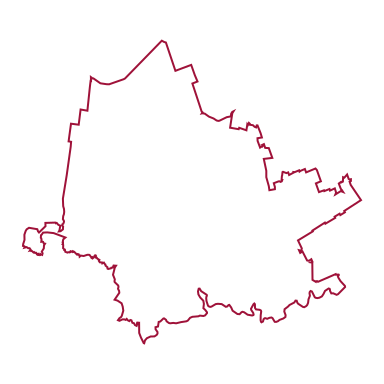 the district of Santiago Sochiapan, Veracruz, Mexico
{"feature_id": "50627088B82277071409559", "entity_name": "Santiago Sochiapan", "entity_type": "district", "adm_level": 2, "iso_a3": "MEX", "parent_name": "Mexico", "parent_adm1": "Veracruz", "projection": "robinson", "projection_center": [-95.662, 17.635], "detail": "fine", "context": "isolated", "style": "outline", "palette": "rose", "viewbox_px": 384, "rotation_deg": 0, "n_neighbors": 0, "source": "geoboundaries", "source_scale": "gbopen_adm2", "svg_char_len": 5946}
<svg xmlns="http://www.w3.org/2000/svg" viewBox="0 0 384 384"><path d="M339.5,274.9L338.7,274.7L337.9,275.2L337.9,274.6L335.9,274.7L335.7,274.1L318.0,281.8L317.4,281.2L316.2,281.2L315.9,281.9L312.5,279.9L312.3,262.6L311.0,262.4L312.4,261.7L311.3,259.2L309.0,260.8L307.1,260.5L302.5,251.5L300.2,252.9L299.0,250.2L301.3,250.8L301.8,248.4L298.0,240.4L312.8,231.4L312.4,230.6L324.9,222.6L325.4,223.7L335.2,217.9L334.6,216.7L339.6,213.7L340.3,215.1L344.9,212.3L344.2,211.0L361.0,200.1L350.7,184.9L349.6,181.6L350.9,181.0L350.9,179.2L349.6,179.4L348.7,179.0L347.1,174.5L344.3,177.7L343.1,177.2L342.9,181.6L341.1,182.5L340.9,182.0L338.8,183.5L340.5,188.1L341.7,190.5L342.0,190.3L343.1,192.0L340.8,191.1L335.4,194.4L336.1,192.6L334.8,188.4L330.0,190.6L329.5,189.0L324.3,191.1L324.0,190.3L319.0,192.1L315.9,183.4L320.9,181.3L316.9,170.1L315.5,168.5L306.1,172.4L304.9,169.0L300.6,170.8L299.5,171.6L299.1,170.3L294.8,172.1L293.6,172.0L293.8,172.5L289.1,175.0L288.2,172.4L286.4,173.1L283.0,171.8L282.5,172.1L282.2,175.2L281.9,176.1L281.6,179.8L282.3,179.9L281.8,181.3L280.6,181.9L279.4,181.3L278.5,181.4L273.8,183.2L274.9,187.0L274.9,189.2L269.4,190.2L268.8,186.1L266.3,177.2L266.3,170.8L263.8,158.9L272.3,157.9L268.8,148.1L265.2,147.9L263.9,144.1L262.7,144.7L263.5,144.9L262.2,146.7L261.5,146.6L260.1,147.6L257.6,140.9L257.5,138.2L261.9,137.5L260.6,133.2L257.5,125.4L256.7,125.4L256.1,127.4L254.6,126.8L252.9,125.2L249.5,124.7L249.8,123.8L248.9,122.9L247.8,125.2L247.3,124.4L246.4,130.3L239.2,127.8L238.7,129.2L230.1,127.7L232.3,113.2L233.5,111.3L232.3,111.9L231.2,113.6L230.8,116.4L226.7,117.2L219.5,120.7L218.3,120.9L216.6,120.5L213.6,118.5L208.9,116.6L204.7,113.6L203.0,113.4L202.9,113.0L201.9,113.3L202.5,112.3L201.6,111.4L192.4,83.5L197.5,81.5L194.8,75.1L191.2,64.9L175.4,70.8L165.9,42.5L164.2,42.0L161.8,40.7L125.0,78.5L123.7,79.2L109.1,84.3L106.5,84.2L100.4,83.3L93.4,78.4L92.7,78.5L90.9,77.1L91.0,81.0L90.6,80.9L89.9,86.7L87.4,110.7L80.6,109.5L78.7,124.7L71.0,123.7L68.6,141.4L71.1,141.8L70.7,146.7L66.7,175.3L62.9,198.7L63.2,206.2L64.0,209.0L64.2,211.9L63.9,214.2L63.2,216.1L62.9,219.2L63.8,220.6L64.0,221.8L63.3,223.7L62.3,224.4L62.4,225.8L63.1,226.5L62.9,229.4L60.6,231.2L58.9,231.4L59.4,230.5L60.3,225.7L58.3,224.8L56.7,222.9L55.8,223.3L55.3,222.6L45.4,222.9L45.5,226.2L39.0,232.5L38.0,231.3L37.3,229.2L29.0,227.8L26.7,229.3L25.7,230.9L24.4,234.7L24.5,239.9L23.2,244.0L23.0,245.9L24.0,246.1L24.9,246.7L24.4,247.7L26.6,247.1L28.2,248.2L29.6,248.2L30.6,249.6L30.0,250.5L30.7,250.3L31.1,251.0L31.8,250.9L33.6,252.6L34.0,252.7L34.3,252.2L35.3,252.9L36.1,252.8L36.7,253.9L37.8,253.8L37.3,254.6L38.0,255.0L39.0,254.9L40.1,254.2L40.3,255.0L41.7,254.5L42.2,254.8L42.6,253.3L41.8,251.6L43.8,248.4L44.0,245.4L45.0,243.7L43.8,243.5L43.1,241.9L42.4,241.6L41.3,241.8L41.5,239.6L41.3,238.4L40.8,237.8L41.0,235.2L41.5,234.9L43.1,232.6L47.3,232.4L53.7,233.1L65.4,237.5L63.5,239.1L63.1,239.9L62.7,242.2L63.0,242.3L63.0,243.8L62.6,244.2L63.1,244.5L63.2,245.4L63.1,248.2L64.3,249.4L64.3,249.9L64.9,249.8L65.3,251.8L67.4,252.6L68.1,252.2L69.5,252.4L70.0,251.8L70.2,252.2L70.6,252.1L71.0,251.3L72.1,251.7L72.8,251.1L73.2,251.4L73.2,252.0L74.2,251.8L77.1,254.7L77.8,254.6L77.9,254.1L78.7,254.3L79.1,255.3L79.6,255.4L79.7,256.6L80.9,255.6L83.7,256.0L87.3,254.8L89.0,254.8L89.6,255.0L91.1,257.1L92.0,257.0L92.1,257.7L91.5,257.7L91.5,257.9L92.5,258.5L93.7,257.4L94.4,256.1L94.8,256.1L95.1,255.3L95.6,255.3L96.0,256.0L95.4,256.7L95.8,256.8L95.8,257.6L96.8,257.8L97.3,258.6L99.4,259.9L99.2,260.3L98.8,260.2L98.8,260.8L99.8,262.3L102.1,262.5L102.3,263.4L103.9,262.6L104.9,264.2L105.4,264.5L105.5,265.6L107.4,267.2L107.5,268.6L108.2,269.0L111.0,268.3L111.3,267.7L112.7,267.6L113.5,265.7L114.0,266.0L114.4,265.6L116.0,265.7L114.8,267.6L113.0,274.8L114.8,279.3L114.5,281.2L114.7,282.1L118.2,285.5L118.5,286.9L118.0,288.8L119.1,290.9L119.3,292.8L114.6,299.7L117.5,300.6L121.6,303.3L122.7,306.6L123.3,310.7L121.8,315.8L121.1,317.0L119.4,318.2L118.0,320.2L119.5,320.8L122.4,319.4L124.4,319.4L125.7,319.9L126.7,318.9L127.8,320.3L129.3,321.1L130.3,320.0L131.4,320.3L132.4,322.8L133.9,323.2L135.0,325.1L136.6,325.9L136.9,324.8L137.3,324.6L136.9,323.4L137.2,322.6L138.0,322.6L138.3,323.5L139.1,323.1L139.2,333.0L140.9,337.4L143.7,343.1L144.2,343.3L145.0,340.4L146.9,338.2L150.6,336.5L154.5,336.4L156.7,334.9L157.5,333.6L157.5,332.0L155.6,329.3L155.5,327.2L158.0,326.5L158.7,321.9L160.3,321.5L163.4,318.5L164.1,318.4L166.0,319.8L166.6,321.3L168.9,323.0L170.2,323.3L173.3,322.9L176.1,323.3L181.1,322.1L186.4,321.3L187.8,320.6L190.1,317.8L192.4,316.8L198.4,316.3L199.9,315.6L203.4,316.0L205.1,315.4L207.0,313.1L207.0,312.3L205.3,310.0L203.4,308.2L203.9,303.9L203.3,300.7L200.2,297.5L198.4,294.4L198.0,291.3L198.7,288.7L199.6,288.6L201.2,291.2L206.7,294.8L206.9,295.8L206.4,296.7L206.2,298.3L206.5,301.1L208.0,305.7L209.0,306.5L210.2,306.9L211.5,306.6L215.7,304.1L217.9,303.8L221.7,304.1L225.8,306.8L227.2,306.5L228.5,305.1L229.3,304.9L231.2,307.5L232.6,310.7L237.4,314.0L239.6,314.2L241.5,312.2L242.5,311.8L244.2,312.3L247.6,314.7L252.1,315.5L253.4,315.1L253.6,314.5L253.2,312.9L251.2,309.9L251.0,308.8L253.5,304.2L254.3,303.5L254.9,304.2L255.0,307.9L256.0,309.4L259.7,309.8L260.9,310.5L261.2,311.5L260.7,315.2L260.6,320.2L261.0,321.8L261.5,322.3L263.0,321.5L263.6,319.2L264.5,318.3L265.4,318.2L267.2,318.8L269.5,317.8L271.5,317.5L272.5,318.1L274.7,321.8L276.1,321.9L278.0,321.2L279.5,319.9L283.3,318.5L285.4,317.0L285.6,315.1L284.3,311.6L284.6,309.2L288.0,306.6L289.5,305.0L294.3,302.5L295.5,300.6L296.7,300.7L297.3,302.6L298.1,303.7L302.9,306.9L304.2,307.2L306.2,306.1L307.2,305.0L308.1,302.8L308.5,299.3L309.9,295.8L309.5,293.1L309.8,291.9L310.6,291.0L311.9,291.5L314.8,297.3L315.7,297.8L317.4,298.1L319.4,297.7L321.9,296.4L323.5,294.0L325.0,290.9L328.6,288.5L329.6,288.8L329.9,289.4L330.0,290.8L331.3,293.4L333.2,293.3L336.6,294.8L338.0,294.2L345.1,287.0L344.9,285.9L340.5,281.1L338.2,277.4L338.1,275.9L338.6,275.1L339.5,274.9Z" fill="none" stroke="#9f1239" stroke-width="2"/></svg>